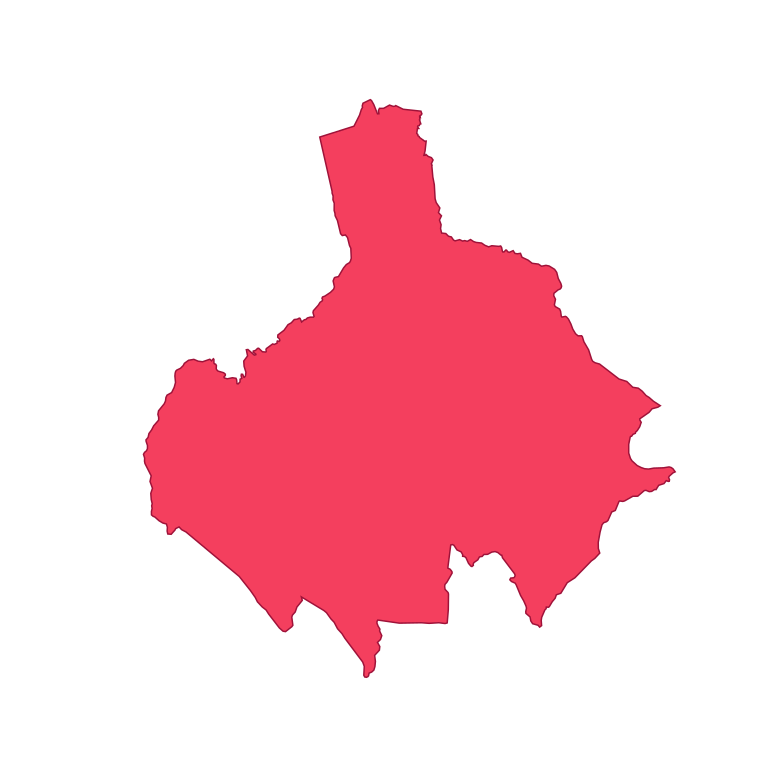 outline of Milange, Zambezia, Mozambique, rotated 344°
{"feature_id": "85939544B24654814708458", "entity_name": "Milange", "entity_type": "district", "adm_level": 2, "iso_a3": "MOZ", "parent_name": "Mozambique", "parent_adm1": "Zambezia", "projection": "equal_earth", "projection_center": [35.856, -16.231], "detail": "fine", "context": "isolated", "style": "filled", "palette": "rose", "viewbox_px": 768, "rotation_deg": 344, "n_neighbors": 0, "source": "geoboundaries", "source_scale": "gbopen_adm2", "svg_char_len": 6171}
<svg xmlns="http://www.w3.org/2000/svg" viewBox="0 0 768 768"><g transform="rotate(344 384 384)"><path d="M538.5,609.8L544.8,606.0L544.7,601.2L546.3,595.3L550.9,585.9L554.8,579.4L556.9,577.9L560.0,577.7L561.7,576.9L567.6,569.8L571.5,569.3L577.5,561.7L578.3,561.4L581.2,562.7L583.1,562.7L592.2,560.5L597.0,561.8L604.8,558.2L606.5,558.4L609.3,560.6L611.7,561.0L615.1,560.0L616.4,560.5L620.1,557.1L625.7,556.9L628.7,554.7L630.4,556.0L631.4,556.1L632.1,554.7L631.8,552.4L632.7,551.3L637.3,549.1L639.7,548.7L638.4,545.1L637.0,543.4L635.2,542.3L629.6,541.6L620.0,539.2L614.9,538.7L611.2,537.3L608.2,535.2L604.9,532.2L601.2,526.2L600.4,523.5L600.2,517.9L602.6,509.5L606.0,502.9L606.7,502.3L607.6,502.5L609.4,501.0L612.0,500.7L612.6,499.6L614.6,498.6L618.0,495.6L620.7,491.7L620.0,489.3L620.2,488.0L631.0,484.3L634.9,481.7L640.9,481.8L643.6,481.0L638.3,474.9L635.2,470.1L632.7,467.3L630.3,462.2L627.3,458.1L622.2,455.7L618.1,448.5L611.3,444.0L596.7,424.2L592.8,421.8L590.9,419.7L590.4,417.5L590.1,407.6L587.8,398.5L587.7,393.1L587.2,392.1L583.8,391.2L582.0,388.5L580.6,383.3L580.2,377.8L579.2,372.5L577.9,369.8L577.0,369.0L573.5,368.7L573.1,367.7L573.8,362.7L573.5,360.4L569.9,356.7L569.6,354.9L572.2,349.8L571.5,346.0L572.3,343.7L577.3,341.5L579.4,341.3L580.8,340.4L581.7,338.9L581.7,336.0L580.6,330.6L580.8,324.4L579.6,320.8L575.3,316.1L572.4,314.6L567.9,314.2L565.5,311.3L559.7,308.8L556.7,304.7L551.6,300.2L551.2,296.0L548.1,295.6L545.9,294.6L544.9,291.4L540.7,292.0L539.4,291.0L538.7,289.1L538.0,288.8L535.8,290.1L534.7,289.9L534.4,289.0L534.7,285.2L534.2,283.5L532.2,283.3L525.7,280.8L522.4,281.0L519.1,278.4L516.7,275.4L511.6,273.3L509.4,271.8L507.0,269.0L503.4,269.8L501.1,268.4L499.0,268.3L496.5,266.1L491.8,266.0L490.5,264.8L489.3,261.2L486.7,259.7L484.9,256.4L481.0,254.8L481.2,250.2L482.8,246.6L482.5,241.7L485.6,238.2L483.6,234.3L486.2,230.2L484.2,224.0L484.2,220.0L487.3,206.3L488.0,198.5L490.2,187.0L490.5,186.9L490.2,185.4L492.9,182.2L492.0,179.5L489.2,177.4L487.6,174.9L486.9,175.5L485.4,175.2L487.7,171.3L491.5,162.1L490.0,161.8L486.1,156.8L486.0,155.8L485.0,154.6L485.3,153.4L484.5,152.2L486.6,147.6L487.8,147.9L487.2,146.0L487.6,145.3L489.2,145.3L489.9,144.2L491.1,144.1L490.9,140.0L491.3,140.0L491.9,137.1L492.4,137.6L492.6,135.9L494.1,135.6L494.9,134.7L494.7,131.9L478.2,125.2L472.0,119.6L471.2,120.0L469.4,119.7L466.2,117.4L459.7,118.9L455.6,117.8L454.0,119.6L453.6,122.8L452.2,122.5L451.2,112.5L450.1,108.0L449.2,106.9L441.2,108.3L439.7,110.7L439.6,112.2L437.8,114.0L434.6,118.8L426.2,127.9L390.3,128.9L387.2,184.4L386.7,186.3L386.9,189.2L385.7,192.9L386.0,196.4L383.9,203.5L383.9,206.4L383.4,208.8L384.3,214.0L383.7,227.6L384.8,229.8L388.0,230.1L389.3,233.2L389.0,241.4L389.5,244.4L387.2,254.1L385.6,256.6L384.3,257.8L380.7,258.8L377.1,261.3L369.8,268.2L366.3,268.0L365.4,268.4L363.5,270.9L363.1,277.0L361.7,279.0L357.7,281.2L351.4,283.2L348.9,283.4L348.0,284.5L348.2,286.0L347.6,287.0L345.0,287.9L342.6,290.1L336.3,294.1L335.4,295.8L335.4,299.8L334.6,300.3L331.4,299.4L328.5,299.4L326.8,300.4L325.1,300.3L321.9,301.7L321.4,297.8L320.7,297.3L318.5,297.8L315.5,297.3L311.8,299.6L308.1,300.5L302.7,304.8L295.5,307.6L294.7,309.8L295.9,311.7L295.9,313.3L295.3,314.0L294.7,314.2L293.8,313.3L293.1,313.4L292.4,315.3L289.4,315.7L288.0,314.8L280.7,317.5L280.1,318.2L279.8,320.2L279.2,320.7L276.0,319.5L273.4,315.1L272.3,314.9L269.7,316.3L267.4,316.3L267.1,317.2L269.1,320.0L268.9,320.5L267.3,320.5L262.7,313.3L261.1,313.1L260.6,319.4L255.5,323.3L254.4,328.4L254.5,334.7L253.0,338.1L251.6,339.1L251.2,338.9L250.8,335.7L249.6,335.3L248.9,336.7L248.8,339.4L247.0,339.7L246.2,342.3L243.7,343.7L242.8,343.1L243.5,339.3L243.3,337.7L240.0,336.2L234.7,335.8L232.2,334.1L232.1,333.1L233.8,332.1L234.2,330.8L233.0,329.0L228.0,325.8L227.2,324.4L226.9,323.2L228.0,320.0L227.6,318.5L226.6,317.9L226.3,317.0L227.3,313.4L226.9,312.7L224.6,314.2L223.4,312.2L215.7,312.6L211.6,310.8L208.0,307.9L202.7,307.3L197.8,309.1L196.1,310.9L192.7,312.8L188.6,313.5L187.3,314.3L186.2,316.1L185.2,318.7L184.0,325.1L181.4,329.4L177.5,333.7L172.4,334.9L170.7,336.8L169.2,340.2L167.2,342.5L159.9,347.6L158.3,350.8L158.2,354.0L157.4,356.6L151.1,360.7L147.9,364.1L144.4,366.8L142.5,370.3L139.8,372.1L139.5,373.6L139.7,377.9L138.8,380.9L137.3,382.7L135.0,383.7L133.4,385.3L133.5,389.2L132.5,392.2L132.3,394.5L134.9,408.1L132.2,413.2L132.7,420.4L129.7,424.8L128.4,430.9L128.2,435.2L127.1,437.0L126.8,439.7L125.3,442.4L124.4,445.7L125.6,447.6L126.9,448.5L130.1,453.5L133.1,456.7L136.3,458.6L136.3,462.0L135.0,465.6L134.8,468.6L138.0,469.8L142.8,466.8L143.8,465.6L147.6,464.9L149.3,468.2L152.9,471.7L191.8,529.1L198.7,545.8L201.4,553.7L202.3,558.5L205.5,564.8L208.4,568.8L209.7,573.3L216.2,589.7L218.8,593.8L221.1,594.9L228.5,591.9L229.9,590.8L231.1,582.7L232.3,580.9L235.8,578.7L238.8,574.4L245.8,569.5L245.9,565.9L263.8,585.2L265.7,588.0L268.3,595.3L270.4,599.3L271.9,606.5L274.8,612.4L276.3,617.6L286.9,645.4L287.2,650.0L284.3,658.4L284.7,660.3L286.3,661.1L287.7,660.9L288.7,660.3L290.0,657.8L292.8,657.5L295.4,656.2L297.4,653.1L299.3,648.3L300.2,642.3L306.2,638.6L307.6,635.2L306.5,630.6L310.2,628.6L312.5,625.3L311.7,620.2L312.5,618.5L311.6,615.2L311.3,611.9L311.9,610.2L313.0,609.2L332.8,618.1L354.1,623.8L361.4,626.5L370.9,628.6L376.7,631.1L378.9,631.1L383.6,618.7L388.1,603.7L388.1,602.1L386.1,598.2L386.5,595.4L387.3,593.5L389.8,591.9L397.4,584.5L397.6,583.1L396.6,580.4L394.6,578.5L403.8,557.1L405.5,557.2L406.7,558.2L408.4,563.6L411.9,566.7L412.6,569.8L412.1,571.3L413.8,572.0L414.9,573.6L415.8,579.7L417.3,583.0L418.2,583.7L419.9,583.0L420.0,581.9L421.1,580.5L425.7,578.9L428.1,576.5L430.9,576.8L433.0,575.4L436.7,576.3L441.3,575.3L444.6,575.7L447.0,577.4L449.3,580.8L450.0,581.0L450.0,583.7L457.2,602.4L457.3,604.1L456.4,605.4L455.4,606.0L452.2,605.5L451.0,606.9L452.1,609.0L455.2,611.6L455.7,613.5L457.0,624.9L458.5,630.9L459.3,636.7L459.2,638.7L457.5,641.9L457.2,643.6L460.2,648.2L459.8,652.2L460.8,655.4L465.6,658.4L466.6,660.6L468.9,659.7L470.0,654.5L471.3,651.7L476.4,645.5L477.9,644.7L478.5,643.2L480.5,643.9L481.5,643.6L485.8,639.6L489.5,637.1L491.6,634.1L496.3,633.9L505.4,625.5L514.1,622.9L534.6,611.2L538.5,609.8Z" fill="#f43f5e" stroke="#9f1239" stroke-width="1.5"/></g></svg>